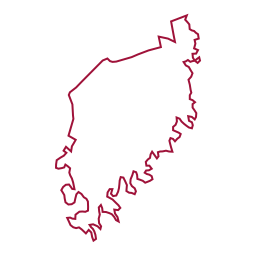 Romelândia, Santa Catarina, Brazil
{"feature_id": "56859067B71517349655646", "entity_name": "Romelândia", "entity_type": "district", "adm_level": 2, "iso_a3": "BRA", "parent_name": "Brazil", "parent_adm1": "Santa Catarina", "projection": "equal_earth", "projection_center": [-53.313, -26.655], "detail": "fine", "context": "isolated", "style": "outline", "palette": "rose", "viewbox_px": 256, "rotation_deg": 0, "n_neighbors": 0, "source": "geoboundaries", "source_scale": "gbopen_adm2", "svg_char_len": 3051}
<svg xmlns="http://www.w3.org/2000/svg" viewBox="0 0 256 256"><path d="M69.9,92.3L68.8,95.0L72.4,104.4L73.0,115.4L73.4,118.9L68.5,135.7L75.7,139.8L73.9,143.0L71.9,146.3L71.1,151.4L66.0,146.8L63.6,150.7L66.4,152.8L63.8,155.7L60.5,157.6L56.7,160.2L56.1,164.3L56.0,167.8L58.4,168.7L61.8,168.1L64.2,167.4L65.4,164.6L67.7,166.2L70.1,168.3L69.3,172.6L70.2,175.3L71.9,178.5L73.1,182.4L73.7,185.3L74.5,189.2L72.2,188.9L70.7,186.7L69.0,184.5L65.8,184.8L63.1,187.0L61.3,190.2L62.9,192.7L64.3,195.1L64.7,198.5L65.5,202.3L68.4,204.5L71.7,204.2L74.5,202.4L75.3,198.6L76.4,194.3L78.5,192.0L81.5,194.0L83.8,197.2L86.4,198.8L87.9,201.5L88.1,206.9L88.0,210.6L85.3,211.8L82.4,211.5L79.4,211.7L75.5,214.7L75.3,218.9L72.3,218.6L70.2,217.6L67.2,217.9L68.9,221.5L70.5,225.1L73.3,227.3L76.1,228.1L79.0,227.4L81.7,229.4L85.9,233.4L88.7,229.9L91.3,232.5L92.2,237.2L93.5,240.6L96.0,238.9L95.4,234.8L94.3,231.4L92.9,228.9L91.0,227.1L89.6,224.9L93.1,224.3L97.6,226.3L100.4,229.0L101.1,226.3L99.1,223.2L98.7,218.7L99.8,214.5L99.2,211.6L98.8,207.4L100.9,205.0L102.2,208.2L102.6,211.9L106.0,212.0L109.3,213.1L111.8,214.2L114.1,216.8L116.0,220.1L118.6,221.5L117.5,217.1L115.0,213.5L114.3,209.6L118.1,210.1L120.3,207.9L118.4,205.2L115.5,202.4L112.6,199.5L109.7,197.9L107.2,196.6L107.6,192.4L109.7,189.1L112.4,189.1L111.0,193.7L113.1,196.1L116.3,195.5L118.1,191.7L119.0,188.0L119.4,184.2L119.7,180.5L120.7,177.1L123.4,177.6L125.2,181.3L126.9,185.1L126.4,191.0L129.1,192.7L131.6,192.9L134.7,194.2L135.9,191.3L134.7,188.3L131.9,186.1L130.3,183.2L130.6,179.3L132.3,175.2L133.5,171.3L136.1,172.2L137.1,174.9L137.4,178.9L139.9,179.7L142.8,180.8L145.2,182.7L147.8,181.7L150.0,180.8L152.5,179.2L151.7,176.2L149.4,174.7L146.8,174.0L144.7,172.7L146.1,170.5L148.9,170.3L151.7,168.7L149.4,165.7L146.4,165.7L145.8,161.9L147.8,159.5L150.0,157.9L150.6,154.4L152.1,151.7L154.4,154.9L156.9,158.4L158.5,156.3L157.9,152.2L160.1,151.5L162.6,151.4L166.0,150.7L169.0,151.5L172.4,151.7L171.1,147.4L170.3,144.4L169.4,140.7L170.5,138.1L173.0,138.9L175.0,141.3L177.2,138.8L179.6,137.0L180.7,134.0L178.6,132.6L176.3,131.6L173.1,130.2L173.1,126.9L175.6,124.8L176.9,121.5L176.6,117.5L179.6,118.7L181.6,121.6L184.0,123.8L186.4,125.7L188.9,127.5L191.9,128.3L192.8,125.2L191.9,122.3L189.0,120.8L188.2,116.2L191.8,116.9L194.7,119.4L196.0,117.0L196.3,113.1L194.5,110.3L192.6,107.6L192.6,104.1L195.0,102.2L192.5,100.1L189.8,99.1L189.8,95.2L191.3,92.7L190.6,89.8L189.8,84.7L188.5,79.7L191.2,76.7L192.5,73.2L190.6,70.2L188.8,67.0L185.8,65.4L183.6,62.0L185.7,61.4L187.9,60.0L190.3,61.8L192.5,61.1L194.8,60.7L192.9,57.7L192.5,53.8L196.1,53.6L198.0,50.1L194.1,48.4L195.4,43.6L194.6,39.9L198.7,38.6L198.0,34.2L195.9,32.8L194.1,31.0L191.8,30.4L189.7,29.1L189.3,24.4L187.4,22.1L185.2,19.7L186.8,15.4L171.1,21.4L171.9,25.8L173.7,35.5L175.0,42.0L168.0,38.6L158.7,36.6L160.9,47.1L148.6,50.4L138.0,54.4L131.7,57.1L116.2,61.6L112.5,61.9L110.0,61.1L107.4,58.5L102.7,60.5L90.4,72.9L81.4,82.0L76.1,87.5L69.9,92.3ZM194.8,60.7L197.6,62.9L200.0,60.6L199.2,57.3L197.0,58.9L194.8,60.7Z" fill="none" stroke="#9f1239" stroke-width="2"/></svg>